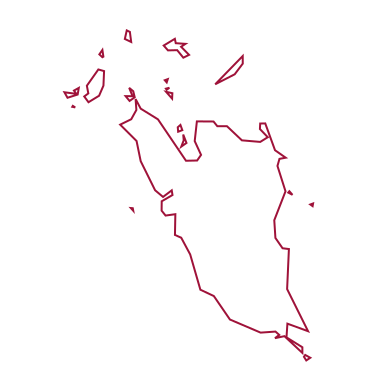 Ko Chang, Trat, Thailand (Mercator projection), rotated 188°
{"feature_id": "78962969B80719111705399", "entity_name": "Ko Chang", "entity_type": "district", "adm_level": 2, "iso_a3": "THA", "parent_name": "Thailand", "parent_adm1": "Trat", "projection": "mercator", "projection_center": [102.37, 12.028], "detail": "medium", "context": "isolated", "style": "outline", "palette": "rose", "viewbox_px": 384, "rotation_deg": 188, "n_neighbors": 0, "source": "geoboundaries", "source_scale": "gbopen_adm2", "svg_char_len": 1913}
<svg xmlns="http://www.w3.org/2000/svg" viewBox="0 0 384 384"><g transform="rotate(188 192 192)"><path d="M60.3,48.0L61.1,53.6L78.2,61.2L79.2,74.9L57.7,70.3L84.3,109.1L88.1,149.0L94.5,148.9L103.0,158.1L106.6,175.5L99.5,205.7L111.0,229.7L110.0,237.0L104.0,239.0L115.6,244.9L129.0,270.1L134.0,269.3L133.5,263.8L124.6,256.8L131.4,251.1L149.8,250.1L166.5,262.0L176.1,260.7L180.5,264.8L197.0,262.6L196.4,242.8L188.2,230.0L191.3,223.9L202.3,222.1L235.8,259.2L254.4,267.4L260.8,276.2L258.5,265.5L262.3,255.6L272.5,248.7L254.0,234.8L247.1,215.4L228.8,188.6L220.0,183.1L212.3,190.8L210.9,186.3L220.7,178.6L219.5,169.3L214.9,165.0L205.4,167.7L202.9,147.1L196.3,145.2L185.1,129.9L170.1,96.4L155.9,92.0L136.7,71.0L104.5,62.3L89.9,65.4L85.7,62.6L89.5,58.8L80.4,62.1L60.3,48.0ZM301.8,300.3L310.9,282.6L308.4,275.2L312.0,271.6L307.0,266.5L297.4,274.4L294.5,285.0L295.9,299.5L301.8,300.3ZM160.7,333.7L184.0,301.9L166.1,314.5L159.6,326.2L160.7,333.7ZM219.3,323.8L214.0,327.4L223.0,334.3L219.1,337.8L228.8,337.1L230.3,341.3L240.4,333.1L235.5,328.9L226.4,330.4L219.3,323.8ZM328.4,268.0L318.8,272.6L318.6,279.3L323.0,276.0L320.1,273.1L332.2,273.0L328.4,268.0ZM279.1,342.9L279.8,334.2L273.1,332.1L275.8,341.9L279.1,342.9ZM271.1,277.7L266.5,273.5L261.9,277.8L264.2,283.6L268.7,286.4L264.2,278.6L271.1,277.7ZM208.9,235.5L204.3,239.8L208.7,247.7L207.4,242.1L208.9,235.5ZM225.2,287.1L231.6,287.6L224.7,281.7L225.2,287.1ZM214.1,249.8L210.2,251.9L212.8,256.8L215.1,254.1L214.1,249.8ZM55.4,41.1L51.8,44.3L57.2,46.4L58.2,44.4L55.4,41.1ZM300.5,320.2L302.9,315.4L299.5,313.0L298.6,313.7L300.5,320.2ZM96.6,204.8L92.1,203.2L95.7,206.3L96.6,204.8ZM70.5,197.5L73.1,196.1L70.6,194.8L70.5,197.5ZM231.7,300.4L234.5,298.9L232.3,297.0L231.7,300.4ZM228.9,292.1L232.2,290.7L231.3,289.7L228.9,292.1ZM319.4,259.5L322.0,260.7L322.4,259.7L319.4,259.5ZM248.4,167.7L250.3,167.6L247.6,165.3L248.4,167.7Z" fill="none" stroke="#9f1239" stroke-width="2"/></g></svg>